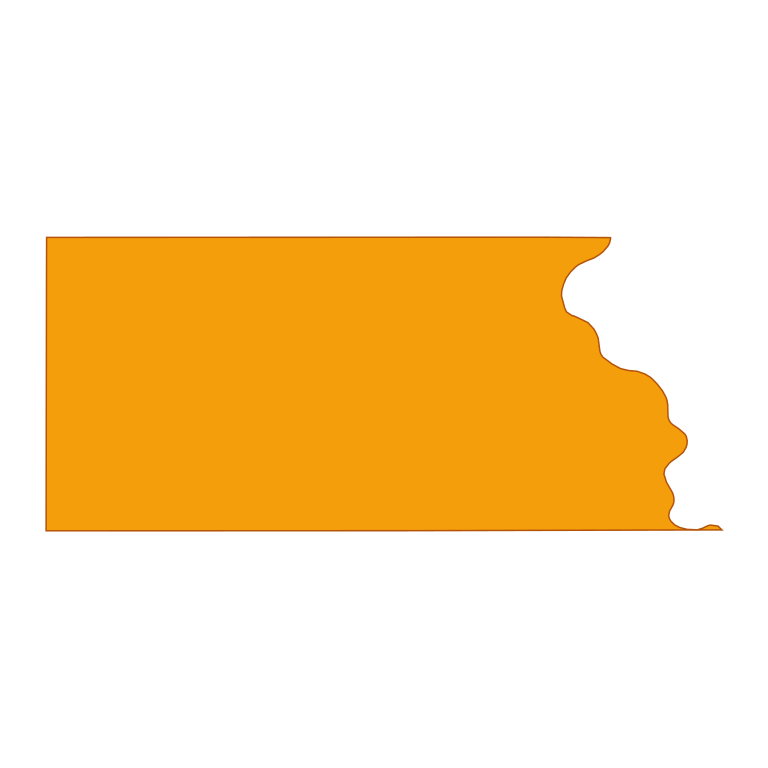 outline of Otoe, Nebraska, United States of America
{"feature_id": "52423323B62260042074042", "entity_name": "Otoe", "entity_type": "district", "adm_level": 2, "iso_a3": "USA", "parent_name": "United States of America", "parent_adm1": "Nebraska", "projection": "natural_earth1", "projection_center": [-95.833, 40.654], "detail": "fine", "context": "isolated", "style": "filled", "palette": "amber", "viewbox_px": 768, "rotation_deg": 0, "n_neighbors": 0, "source": "geoboundaries", "source_scale": "gbopen_adm2", "svg_char_len": 1113}
<svg xmlns="http://www.w3.org/2000/svg" viewBox="0 0 768 768"><path d="M401.7,530.7L721.9,529.9L718.0,526.1L710.7,525.1L708.3,525.5L702.9,528.1L697.5,529.8L687.2,529.4L679.7,527.5L674.5,524.8L670.9,521.2L669.3,518.4L668.7,515.5L669.5,511.3L672.8,505.3L673.8,502.4L674.0,499.6L673.6,496.1L672.5,492.7L666.5,482.3L663.9,474.0L664.9,468.8L669.4,463.0L672.0,460.9L678.0,456.6L683.2,452.3L686.0,447.6L687.0,444.3L687.2,440.5L686.3,436.5L684.9,434.1L678.8,428.8L673.1,425.0L670.9,423.1L669.0,420.3L668.0,416.8L667.7,404.6L666.9,399.9L665.5,396.4L662.5,390.9L657.4,384.3L653.2,379.9L650.6,377.5L645.2,374.1L637.3,371.3L628.5,370.5L620.6,368.6L613.5,364.8L612.3,364.2L602.8,357.1L601.0,354.4L599.9,351.3L598.2,338.3L596.5,333.9L594.0,329.2L588.0,322.7L578.0,317.8L573.7,315.9L572.2,315.7L566.6,312.0L564.7,308.1L561.5,296.0L561.7,291.0L563.5,284.4L566.2,278.0L570.4,272.1L575.5,267.0L578.5,264.7L585.9,261.1L593.9,258.0L599.4,254.6L602.8,251.9L606.3,248.0L608.1,245.8L609.6,242.8L610.6,238.4L610.5,237.6L541.1,237.2L46.6,237.4L46.5,270.0L46.1,530.8L401.7,530.7Z" fill="#f59e0b" stroke="#b45309" stroke-width="1.5"/></svg>